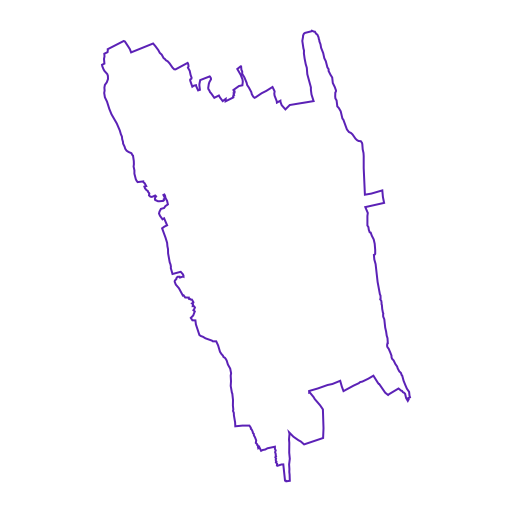 Puiesti, Vaslui, Romania
{"feature_id": "2599482B4132166404081", "entity_name": "Puiesti", "entity_type": "district", "adm_level": 2, "iso_a3": "ROU", "parent_name": "Romania", "parent_adm1": "Vaslui", "projection": "mercator", "projection_center": [27.45, 46.442], "detail": "fine", "context": "isolated", "style": "outline", "palette": "violet", "viewbox_px": 512, "rotation_deg": 0, "n_neighbors": 0, "source": "geoboundaries", "source_scale": "gbopen_adm2", "svg_char_len": 5974}
<svg xmlns="http://www.w3.org/2000/svg" viewBox="0 0 512 512"><path d="M304.1,444.4L323.1,438.0L323.5,428.3L322.9,409.4L320.1,405.3L314.7,399.0L313.6,397.1L311.4,394.4L309.8,392.5L309.2,392.7L309.1,391.0L317.7,388.5L327.6,385.0L332.4,384.0L340.2,380.8L341.8,386.5L343.5,391.1L353.6,385.6L358.8,383.2L360.1,382.1L362.3,381.6L368.3,378.7L373.4,375.7L378.0,383.0L378.8,384.0L379.2,384.0L385.2,392.7L388.1,395.0L389.0,394.2L398.5,388.5L401.2,390.7L402.0,390.9L402.9,392.2L403.9,392.6L405.1,393.8L406.1,398.0L407.8,400.9L408.7,399.3L408.0,398.2L410.0,397.3L409.5,395.7L409.1,391.9L406.9,388.7L405.3,385.0L403.6,380.8L402.2,375.6L401.7,375.2L400.9,372.9L399.3,371.4L397.7,368.4L397.1,366.5L395.4,364.1L393.6,360.4L392.0,358.7L391.5,357.1L391.5,355.7L390.2,352.3L388.6,348.6L387.6,347.4L387.2,346.4L387.1,344.8L387.5,343.1L387.8,343.1L387.5,338.2L386.7,335.6L386.1,331.5L385.2,327.6L384.3,319.3L383.2,316.6L383.1,314.5L383.3,313.5L382.9,312.6L382.2,308.9L381.9,305.1L381.5,304.0L381.6,303.0L381.3,300.9L380.2,299.2L380.6,298.5L380.5,295.6L379.9,294.3L377.6,281.9L375.6,264.1L374.3,259.4L373.9,254.9L374.8,254.5L375.2,253.8L375.2,250.0L374.7,243.8L373.7,239.4L371.8,235.7L370.7,232.6L369.7,232.3L368.8,229.8L368.4,227.1L367.4,225.5L367.4,216.0L367.8,213.0L365.3,207.1L384.1,202.9L382.9,196.9L382.3,190.4L371.3,193.6L364.9,194.7L363.7,168.1L363.7,156.1L363.5,153.0L362.7,149.4L362.3,144.1L362.0,142.9L360.8,141.2L358.6,141.0L357.1,140.2L355.5,138.7L352.5,134.4L351.0,133.0L348.9,132.0L346.9,129.4L343.4,119.8L342.4,118.5L340.7,111.3L338.8,108.0L337.3,106.4L336.6,100.5L335.4,98.4L335.2,96.6L335.3,92.6L335.9,91.5L336.0,90.5L334.8,87.1L332.8,83.0L332.2,77.5L330.4,74.6L328.6,71.0L328.6,69.2L327.4,67.4L325.8,61.2L324.3,58.2L323.2,53.1L321.1,47.8L320.5,44.3L319.4,41.4L319.3,40.2L318.9,39.3L318.5,37.2L317.4,34.7L316.0,33.6L314.9,31.7L313.9,31.6L311.8,30.7L311.4,31.3L305.0,32.9L303.9,33.7L303.1,35.5L303.0,37.0L302.3,40.9L303.4,48.3L304.0,50.6L303.9,53.4L304.6,58.5L305.7,64.1L306.8,67.8L307.3,74.2L310.9,87.4L310.9,90.0L311.5,94.5L313.6,101.1L289.8,105.0L285.4,109.4L281.7,105.2L280.5,102.0L280.4,100.7L276.9,102.6L276.7,101.1L274.6,95.7L274.3,93.7L274.6,91.3L272.5,87.0L266.3,90.9L261.7,93.2L255.5,97.4L254.5,97.8L253.2,96.6L251.8,94.2L251.3,92.1L248.9,87.6L247.2,85.1L246.6,82.7L244.4,77.4L242.2,73.8L242.2,71.5L241.4,69.8L241.1,66.4L240.7,66.3L237.3,69.0L240.6,74.7L242.5,79.4L242.8,81.6L242.4,85.3L239.0,86.0L233.4,90.0L233.8,91.0L234.6,91.3L234.5,92.7L233.6,93.1L233.9,94.1L233.7,94.5L234.0,95.1L233.4,95.4L233.1,96.5L233.5,97.0L233.4,97.4L225.6,101.3L225.7,98.9L222.7,101.1L219.9,97.4L218.9,95.5L214.3,97.8L211.2,93.4L210.0,92.1L209.2,90.2L208.5,89.4L208.2,88.0L208.8,84.0L209.4,82.1L211.0,79.3L210.9,78.2L210.0,76.7L209.7,76.4L200.2,80.1L199.4,84.1L199.4,85.7L199.9,89.8L198.1,90.4L196.2,86.2L196.0,85.2L193.8,85.7L192.3,86.7L190.2,80.6L190.2,79.5L191.4,78.7L191.6,77.8L190.6,75.0L189.7,70.8L187.9,67.6L188.5,66.6L188.4,65.0L188.0,63.5L187.6,62.9L175.5,69.4L174.2,69.3L172.5,67.6L169.6,63.4L167.7,61.3L165.8,60.2L165.0,59.1L163.6,58.1L161.7,54.6L159.8,52.9L158.3,50.1L155.4,46.2L153.1,43.5L131.1,52.4L129.9,49.2L128.4,46.8L124.9,41.5L123.7,41.0L107.7,49.2L107.8,50.5L107.5,52.2L104.3,53.7L104.5,56.4L104.0,58.9L104.4,63.6L102.0,64.8L102.3,66.3L103.6,69.5L104.5,71.0L107.3,74.1L107.9,75.9L108.0,79.0L106.8,82.3L104.9,84.9L104.4,87.6L104.6,90.6L104.2,93.0L104.9,97.3L107.0,101.6L109.3,108.9L111.5,114.3L116.8,123.5L119.8,130.5L120.9,134.3L121.9,136.5L122.2,139.2L123.0,141.9L123.1,143.6L124.6,146.7L125.2,148.7L126.6,150.7L128.6,152.0L131.4,153.2L132.4,155.1L133.0,155.6L133.8,161.0L133.9,164.1L133.6,166.6L134.4,170.3L134.4,173.7L135.8,179.2L136.5,180.6L137.6,182.1L143.2,181.4L143.2,182.0L144.7,183.3L146.2,186.1L144.4,186.6L145.0,188.3L146.3,189.9L147.9,191.1L148.1,191.9L149.3,193.4L149.0,195.4L150.3,196.6L151.3,196.9L152.5,196.7L155.2,195.5L156.1,196.4L155.2,197.5L154.9,198.7L155.0,199.7L155.4,200.2L156.4,200.4L157.4,201.1L158.9,201.3L163.2,200.9L163.9,200.3L163.7,199.3L165.0,198.3L163.4,195.0L164.3,194.5L165.0,195.6L165.5,198.0L167.1,200.9L167.9,204.4L165.4,206.1L164.1,208.0L160.9,208.9L159.5,211.6L159.0,213.5L160.0,215.8L162.5,219.3L164.1,218.3L167.1,225.3L164.4,226.6L162.1,228.3L165.5,237.6L167.1,242.8L167.4,246.2L168.0,249.1L168.1,253.4L169.7,262.3L170.5,264.4L170.9,266.5L170.8,268.1L172.5,274.0L180.7,271.8L183.0,274.4L183.5,275.7L183.5,276.7L183.1,276.5L179.9,277.6L179.6,277.3L179.5,276.7L177.5,276.8L176.4,278.2L176.3,279.1L175.0,280.4L174.7,281.1L174.7,281.8L175.8,284.6L178.9,288.2L182.9,295.6L183.6,295.3L185.2,297.5L188.8,297.6L188.8,298.4L189.1,299.0L190.0,298.9L190.5,299.5L191.9,299.6L193.3,302.0L193.4,302.5L192.0,303.4L193.0,304.3L192.7,306.1L193.7,306.0L194.9,307.4L194.4,308.8L193.4,310.2L194.8,311.4L193.2,315.5L190.8,317.9L192.4,320.3L195.4,320.4L195.9,324.4L199.4,335.0L200.8,336.0L203.0,336.8L205.4,338.3L211.9,340.6L212.8,341.3L216.2,341.3L218.1,345.4L220.0,351.8L221.5,354.1L222.9,355.6L223.5,357.0L224.9,357.8L225.8,359.0L226.7,360.6L227.9,364.5L230.2,368.6L231.1,373.2L230.7,375.6L231.0,381.3L230.7,385.9L231.9,392.7L232.3,393.6L233.0,400.0L232.9,405.5L233.3,409.5L233.0,410.9L233.8,412.8L233.9,415.3L235.1,422.4L235.3,426.3L242.4,425.6L249.4,425.6L250.8,427.7L250.9,428.9L251.6,429.4L252.7,431.7L252.9,433.0L253.8,433.9L253.9,435.4L254.9,437.1L256.2,440.4L255.8,442.9L257.1,444.2L257.3,445.2L257.8,445.4L257.9,446.0L258.5,446.2L258.0,447.2L258.2,447.6L258.8,447.4L258.5,448.3L259.8,448.1L261.1,450.8L262.7,450.0L265.3,449.5L267.4,448.3L274.9,446.7L274.9,448.9L275.7,450.4L275.1,452.2L275.8,454.2L275.6,454.9L276.1,456.4L275.3,457.2L276.1,458.8L275.7,459.6L275.9,461.0L276.4,461.5L275.9,462.4L277.1,463.7L276.9,465.5L277.4,465.8L281.4,464.5L283.3,464.4L285.0,480.5L285.3,480.9L286.3,480.9L286.4,481.3L289.8,480.8L289.6,474.7L289.3,472.0L289.4,469.1L289.1,464.4L289.8,458.8L289.2,452.7L289.3,442.9L289.0,439.4L289.5,433.9L289.1,432.3L293.4,436.7L298.4,440.2L300.8,441.5L304.1,444.4Z" fill="none" stroke="#5b21b6" stroke-width="2"/></svg>